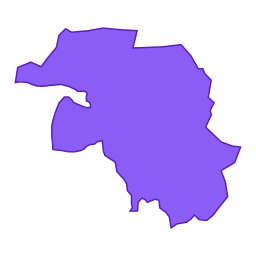 the district of Chimbay, Karakalpakstan, Uzbekistan
{"feature_id": "79887680B3643857389786", "entity_name": "Chimbay", "entity_type": "district", "adm_level": 2, "iso_a3": "UZB", "parent_name": "Uzbekistan", "parent_adm1": "Karakalpakstan", "projection": "robinson", "projection_center": [59.5, 43.045], "detail": "fine", "context": "isolated", "style": "filled", "palette": "violet", "viewbox_px": 256, "rotation_deg": 0, "n_neighbors": 0, "source": "geoboundaries", "source_scale": "gbopen_adm2", "svg_char_len": 1326}
<svg xmlns="http://www.w3.org/2000/svg" viewBox="0 0 256 256"><path d="M181.1,44.7L161.8,46.9L132.9,48.0L137.1,30.7L120.4,29.7L103.3,28.1L87.8,30.8L71.6,32.2L65.6,28.8L58.9,35.4L56.4,47.4L47.3,58.4L41.1,66.8L30.9,62.1L17.7,67.5L15.4,82.6L20.3,81.8L27.2,82.4L32.2,84.5L36.9,86.0L43.0,86.3L50.1,85.4L61.1,84.4L69.1,86.6L75.6,89.5L77.5,91.4L81.8,91.2L84.8,91.4L87.2,93.3L86.3,96.5L86.5,101.1L89.1,102.0L90.6,104.8L90.3,107.4L86.5,107.7L81.4,105.8L77.0,104.0L73.5,102.6L72.2,100.3L68.6,97.0L64.4,97.0L59.1,102.9L55.3,112.4L52.7,121.4L51.8,126.3L51.9,137.3L52.6,143.7L52.9,149.5L61.5,150.5L68.6,151.8L74.5,151.8L80.5,150.6L84.2,148.9L85.9,146.9L89.1,144.8L94.7,144.0L97.2,141.8L102.3,140.7L103.3,150.9L105.0,155.5L115.2,162.1L116.9,171.6L121.0,176.2L124.2,179.5L126.7,184.1L127.4,190.7L131.5,195.5L131.5,203.6L132.3,207.8L130.1,211.1L137.6,211.0L138.1,202.3L141.9,198.2L145.2,199.7L147.3,202.3L155.2,199.2L159.0,200.3L159.8,207.9L165.8,212.3L169.3,216.9L171.1,227.9L177.0,223.9L186.6,222.2L191.0,219.0L194.5,215.1L199.1,219.6L206.7,220.5L213.3,215.0L218.0,208.6L227.7,196.6L225.3,182.0L221.0,170.6L234.6,162.6L240.6,147.1L232.5,146.1L221.2,142.0L205.6,127.1L211.4,114.8L210.1,110.7L214.1,102.7L208.2,97.4L211.2,80.2L204.7,73.6L202.8,68.6L198.3,68.8L190.9,55.8L181.1,44.7Z" fill="#8b5cf6" stroke="#5b21b6" stroke-width="1.5"/></svg>